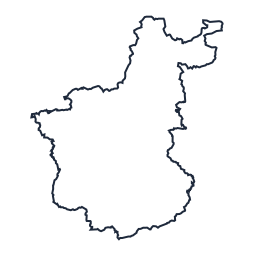 Meiktila, Mandalay, Myanmar, rotated 269°
{"feature_id": "60261553B62690814577767", "entity_name": "Meiktila", "entity_type": "district", "adm_level": 2, "iso_a3": "MMR", "parent_name": "Myanmar", "parent_adm1": "Mandalay", "projection": "mercator", "projection_center": [96.117, 20.958], "detail": "fine", "context": "isolated", "style": "outline", "palette": "slate", "viewbox_px": 256, "rotation_deg": 269, "n_neighbors": 0, "source": "geoboundaries", "source_scale": "gbopen_adm2", "svg_char_len": 5797}
<svg xmlns="http://www.w3.org/2000/svg" viewBox="0 0 256 256"><g transform="rotate(269 128 128)"><path d="M44.2,183.5L44.9,183.7L48.0,182.6L48.8,184.2L51.6,186.0L52.1,187.0L54.9,188.0L55.2,188.8L57.7,188.4L59.9,187.2L60.8,187.4L61.9,186.9L62.4,186.1L63.8,185.9L64.3,186.2L63.9,187.1L64.8,187.8L64.3,188.1L64.9,188.2L64.9,188.9L65.7,188.9L65.9,189.7L66.9,189.8L67.3,190.4L68.5,190.5L69.2,192.5L70.0,192.5L71.4,190.9L72.5,190.9L72.1,191.4L72.1,192.7L73.3,193.3L76.9,192.1L76.9,191.0L77.6,192.3L79.0,191.7L78.9,190.7L80.0,190.3L80.3,189.3L79.8,187.3L80.9,187.2L81.7,186.3L81.8,184.6L83.5,183.4L85.0,183.6L86.3,180.2L89.0,179.6L89.2,178.6L90.5,177.2L92.0,177.5L92.5,175.6L93.3,175.2L93.5,172.7L94.4,172.2L94.7,170.9L97.0,170.0L99.0,167.1L100.5,167.0L102.0,167.9L103.9,167.1L105.2,167.5L105.7,168.7L106.7,169.5L107.4,171.2L111.0,173.3L112.2,173.4L113.4,172.3L119.0,172.5L119.2,171.9L120.4,171.9L123.3,169.4L124.1,169.6L124.7,169.0L125.4,170.9L125.4,173.3L126.5,173.8L126.1,174.1L126.8,174.8L126.6,176.2L127.1,177.5L126.1,183.0L126.5,184.7L126.2,185.6L126.9,186.1L127.5,185.9L128.0,184.2L130.2,183.0L130.4,182.5L129.7,181.8L130.8,181.4L135.3,181.7L136.2,182.7L138.9,181.3L139.7,179.6L143.2,179.1L143.1,177.3L144.4,176.1L145.2,176.3L145.1,179.6L146.2,180.4L147.8,177.3L150.3,176.5L153.0,179.9L152.7,182.3L153.3,183.8L152.8,184.1L153.1,185.5L153.7,185.7L160.1,185.3L161.6,185.6L163.9,183.8L166.1,184.5L167.7,184.4L168.9,183.1L170.3,182.8L170.8,182.1L174.2,183.0L176.0,180.3L176.7,180.8L181.4,181.6L183.0,184.2L188.2,180.8L188.9,179.0L192.1,179.6L191.8,181.9L190.4,183.0L190.8,186.5L188.5,188.3L186.5,189.0L186.6,190.0L187.7,191.6L186.3,193.2L188.7,194.7L188.6,195.4L187.4,196.8L188.5,197.6L187.4,200.2L187.5,201.0L188.2,202.2L189.3,206.7L190.4,207.8L190.4,209.3L192.0,213.3L193.1,214.3L194.2,214.7L195.5,216.3L196.6,216.7L198.3,216.0L199.4,216.7L202.4,216.6L206.5,217.9L207.3,217.0L207.1,213.2L209.8,207.1L210.7,206.9L211.9,207.4L213.7,206.2L216.2,207.0L219.0,205.8L220.5,208.6L221.0,213.4L223.4,218.2L223.9,223.5L225.8,223.1L227.3,223.8L228.3,223.4L230.5,224.4L231.3,224.2L232.6,223.1L233.2,221.0L232.6,211.7L234.1,208.7L234.4,205.0L232.0,205.0L229.5,207.9L229.3,209.1L227.3,208.9L226.2,206.6L226.8,205.8L226.6,204.0L225.7,203.4L222.1,203.1L220.8,202.6L219.8,201.5L219.0,199.7L218.4,199.4L217.2,195.5L216.0,194.0L214.4,193.0L213.8,189.8L212.5,186.8L212.9,186.2L212.5,185.1L211.8,184.7L211.9,183.9L214.9,183.8L216.1,182.4L216.2,181.7L215.7,180.8L216.8,178.7L215.3,178.0L214.9,176.6L216.7,173.8L220.5,171.7L220.7,171.0L219.6,168.4L223.4,166.2L226.3,165.2L228.8,167.1L235.0,166.2L236.7,165.5L236.8,160.4L236.4,159.3L236.8,157.5L235.8,156.3L236.4,155.5L237.5,155.1L238.9,153.4L239.0,148.5L238.6,146.6L235.4,144.1L233.8,141.9L232.6,143.1L231.3,143.5L229.6,143.0L228.5,143.3L227.2,139.2L225.4,135.9L223.1,136.0L221.2,138.2L219.6,138.5L217.5,139.9L215.8,138.5L212.3,137.6L210.7,136.6L210.8,134.7L209.5,131.3L208.6,131.1L207.1,132.1L206.1,131.9L204.8,133.1L202.4,134.3L201.8,134.2L201.2,132.9L200.2,132.4L200.1,131.4L198.5,130.8L195.5,131.7L192.6,131.2L190.7,129.6L183.6,126.1L179.7,126.2L177.6,125.8L175.4,123.5L173.2,123.3L173.8,121.8L173.6,120.0L172.9,118.8L171.8,118.3L168.7,118.8L167.7,118.0L167.6,114.8L166.9,113.7L166.9,112.1L165.7,110.7L165.4,109.8L167.1,108.0L167.1,107.0L166.4,105.3L164.8,104.0L167.9,102.4L168.1,101.7L170.1,100.2L170.5,98.8L168.9,93.5L167.6,91.6L167.8,90.4L167.2,88.6L169.4,84.2L168.9,83.2L168.0,83.3L168.1,82.1L168.7,81.9L167.0,78.6L168.1,77.4L168.1,76.2L166.9,73.3L164.0,70.3L163.6,69.4L161.2,68.2L160.6,67.2L160.1,64.7L157.8,65.5L157.8,66.1L158.8,66.6L158.7,69.0L157.3,71.1L156.1,71.9L154.7,71.8L152.4,70.4L151.9,71.2L149.5,71.7L149.3,71.0L147.6,70.4L148.0,69.5L147.1,67.4L147.5,66.8L146.9,63.8L147.3,62.6L146.7,59.6L146.8,57.5L147.6,57.6L148.1,56.3L146.2,52.3L146.3,50.3L145.5,51.0L145.2,50.5L145.6,49.8L144.4,49.4L144.2,48.5L145.6,47.7L146.3,47.7L147.5,46.8L146.7,45.9L147.0,45.1L146.3,43.4L146.5,41.8L146.1,40.8L144.6,39.4L143.2,39.1L144.0,38.4L143.8,37.2L144.5,36.7L143.9,35.6L143.6,32.3L140.3,31.6L140.5,33.0L141.2,33.4L140.7,34.5L141.4,34.9L138.5,35.9L136.0,35.6L135.0,36.5L134.7,38.8L134.2,39.8L133.4,39.6L132.4,40.3L130.6,40.0L129.1,38.7L127.6,38.6L126.8,40.2L122.2,42.0L123.0,44.3L120.0,44.0L119.8,47.4L118.0,49.6L117.8,52.5L116.4,53.2L116.4,52.2L115.6,51.3L115.0,52.0L113.9,51.7L111.5,54.0L110.5,53.6L110.5,52.8L109.9,52.4L109.1,52.8L108.1,52.4L107.8,51.5L106.7,50.8L106.7,51.6L105.6,51.5L104.3,52.2L104.1,51.3L103.0,51.4L103.1,50.6L102.5,50.0L101.9,50.2L101.7,51.2L100.4,51.5L100.3,52.6L100.9,53.1L99.3,52.7L98.9,53.5L97.7,53.4L96.2,55.3L94.1,55.3L92.9,56.6L87.6,57.6L88.2,59.0L87.6,59.3L84.7,57.9L83.5,56.8L82.2,56.5L81.6,57.1L80.1,56.4L78.2,55.3L77.0,53.6L72.4,52.5L72.0,52.1L68.3,52.1L63.9,51.1L62.3,52.3L61.5,51.7L56.2,52.6L55.4,52.1L52.9,55.6L53.3,56.0L50.2,57.7L50.7,58.9L49.9,59.4L49.9,61.6L49.2,62.4L48.8,64.4L47.8,65.6L46.8,69.4L47.7,71.5L46.9,72.7L47.0,73.6L47.9,76.0L48.9,76.9L49.4,78.1L49.1,79.4L49.9,80.5L47.2,84.9L45.0,85.4L43.4,84.1L42.5,83.9L41.9,84.0L41.4,85.2L36.8,84.8L35.8,85.1L35.6,88.8L35.2,89.1L32.9,89.1L32.3,88.4L30.9,88.3L29.6,89.6L29.7,90.5L29.2,90.5L27.0,88.9L27.2,95.2L27.6,95.9L26.0,97.7L25.3,99.3L26.7,102.5L28.6,103.7L29.1,106.3L28.7,109.1L29.5,109.4L29.9,110.4L26.9,113.0L26.0,112.8L25.0,113.6L24.5,113.5L24.8,114.0L24.4,114.0L23.7,115.2L24.5,115.3L24.4,115.7L22.7,115.6L21.0,116.3L20.5,115.8L18.7,115.6L17.0,117.0L18.2,118.2L18.1,120.2L19.5,126.6L19.4,128.7L20.1,129.5L20.4,130.9L23.1,134.7L24.5,135.0L26.9,136.9L26.9,138.8L28.0,141.4L28.0,145.5L26.2,148.1L26.2,148.8L28.1,149.9L29.5,151.4L29.2,154.3L27.8,156.2L29.1,157.9L31.8,165.3L32.4,165.5L32.7,167.3L34.0,168.4L34.7,170.0L34.3,172.6L34.9,173.5L38.6,173.3L39.2,174.3L41.0,175.1L41.1,178.0L41.9,179.7L43.2,181.1L44.2,183.5Z" fill="none" stroke="#1e293b" stroke-width="2"/></g></svg>